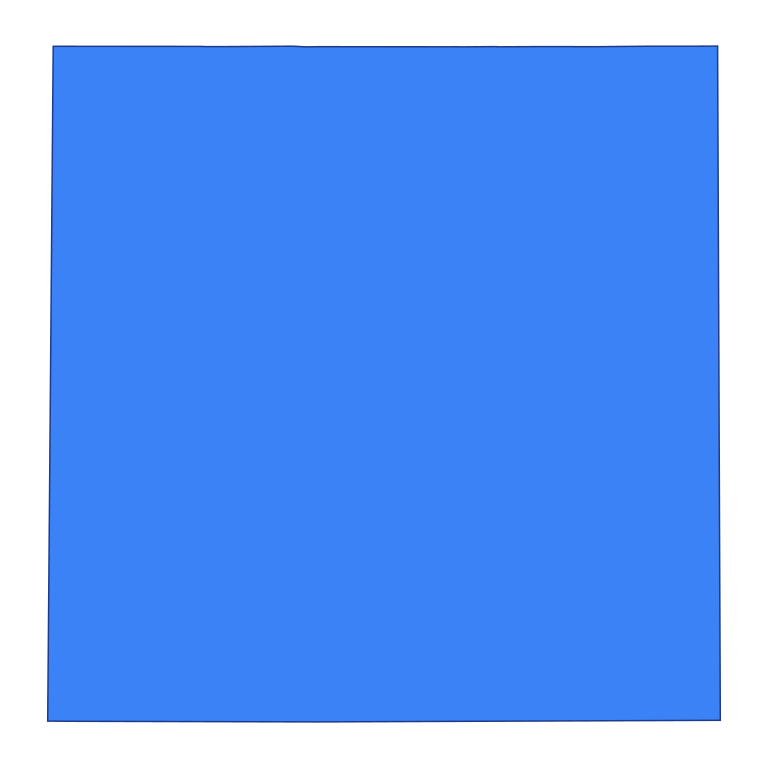 Phillips, Kansas, United States of America (orthographic projection)
{"feature_id": "52423323B79305915428191", "entity_name": "Phillips", "entity_type": "district", "adm_level": 2, "iso_a3": "USA", "parent_name": "United States of America", "parent_adm1": "Kansas", "projection": "orthographic", "projection_center": [-99.306, 39.785], "detail": "fine", "context": "isolated", "style": "filled", "palette": "blue", "viewbox_px": 768, "rotation_deg": 0, "n_neighbors": 0, "source": "geoboundaries", "source_scale": "gbopen_adm2", "svg_char_len": 463}
<svg xmlns="http://www.w3.org/2000/svg" viewBox="0 0 768 768"><path d="M717.6,46.1L695.5,46.2L662.2,46.2L650.9,46.2L595.2,46.7L584.4,46.7L584.2,46.7L574.8,46.7L572.5,46.6L562.2,46.6L539.8,46.6L499.4,46.8L495.1,46.6L460.6,46.9L456.2,46.7L451.4,46.8L317.3,46.7L306.3,46.9L293.3,46.2L225.3,46.6L210.1,46.6L205.1,46.6L203.5,46.5L200.2,46.4L53.2,46.3L47.7,721.1L78.5,721.3L317.4,721.9L720.3,720.3L717.6,46.1Z" fill="#3b82f6" stroke="#1e3a8a" stroke-width="1.5"/></svg>